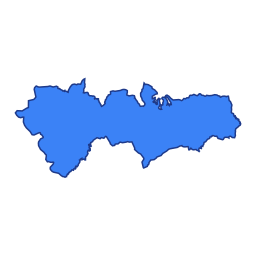 outline of Dong Luang, Mukdahan, Thailand
{"feature_id": "78962969B66357052438621", "entity_name": "Dong Luang", "entity_type": "district", "adm_level": 2, "iso_a3": "THA", "parent_name": "Thailand", "parent_adm1": "Mukdahan", "projection": "mercator", "projection_center": [104.389, 16.783], "detail": "fine", "context": "isolated", "style": "filled", "palette": "blue", "viewbox_px": 256, "rotation_deg": 0, "n_neighbors": 0, "source": "geoboundaries", "source_scale": "gbopen_adm2", "svg_char_len": 5767}
<svg xmlns="http://www.w3.org/2000/svg" viewBox="0 0 256 256"><path d="M228.4,96.2L227.0,96.3L226.2,96.7L225.5,96.3L224.1,96.1L222.3,96.3L220.5,97.2L219.9,96.7L219.8,96.1L218.0,95.7L217.0,95.0L214.7,94.7L211.7,95.5L209.1,95.7L206.6,95.3L205.7,96.1L204.9,96.2L203.4,95.4L201.7,95.2L200.5,93.9L199.3,93.8L197.5,95.6L196.4,95.5L193.9,94.4L191.8,95.4L190.8,95.2L189.8,95.5L188.7,97.8L186.8,97.8L185.5,98.8L183.9,98.5L182.4,100.2L181.5,100.6L179.8,99.8L178.7,99.6L173.1,100.0L170.6,98.1L169.1,96.4L167.0,95.1L165.9,95.5L165.2,96.5L167.1,97.2L167.9,97.9L170.9,102.6L171.3,104.6L170.7,104.7L170.3,104.1L169.8,104.8L168.8,103.8L168.9,105.1L168.3,104.4L167.0,104.9L167.6,103.0L167.6,101.7L167.0,100.0L165.9,98.4L164.3,97.3L162.5,97.3L162.1,97.7L161.9,98.7L163.4,100.0L163.4,101.5L162.8,102.8L162.8,104.8L162.1,105.1L161.4,104.9L161.6,105.5L160.9,106.3L161.0,108.1L161.6,109.3L160.5,109.4L158.9,108.6L158.6,107.8L160.2,104.4L159.2,100.2L159.8,99.7L160.1,99.0L159.3,98.9L158.9,98.3L158.5,98.4L158.0,99.2L156.8,100.3L157.2,101.1L157.0,101.6L157.4,104.1L156.8,104.5L156.3,104.3L155.6,103.3L155.8,102.5L155.3,101.8L154.2,102.6L153.7,102.4L154.3,101.6L153.4,101.5L154.4,100.3L155.2,100.0L155.3,99.6L155.0,99.3L155.2,97.5L154.4,97.5L153.2,98.8L152.3,98.7L152.3,96.3L155.4,94.3L157.3,93.8L157.1,92.5L154.7,89.9L152.2,88.5L151.9,86.8L148.3,84.7L146.5,84.3L145.1,84.5L144.6,83.5L144.1,83.0L143.0,88.7L142.0,89.4L141.9,91.3L140.6,93.2L140.7,96.1L141.8,98.2L142.3,100.2L144.2,102.3L144.9,103.5L144.8,104.8L143.4,106.3L142.8,106.1L140.5,106.3L139.9,105.8L139.3,104.1L138.3,103.4L137.5,102.1L137.4,101.5L135.7,99.4L135.3,98.4L134.5,98.0L134.8,97.5L134.6,96.2L134.3,95.7L132.4,95.3L129.1,95.9L126.9,95.0L126.9,93.8L127.3,92.7L127.3,90.6L125.7,89.7L124.0,89.4L122.4,89.6L120.2,90.5L115.0,91.3L113.0,90.9L110.5,91.6L110.6,93.9L109.7,94.7L108.4,94.9L107.9,96.1L106.9,97.0L106.3,99.0L105.4,99.9L105.5,100.4L104.9,101.5L105.1,101.8L104.7,102.4L105.1,103.6L103.3,105.4L101.6,106.4L101.0,105.5L100.9,104.6L100.3,104.0L100.0,103.2L99.1,102.0L99.0,101.1L98.5,100.6L98.4,98.8L97.4,98.7L97.0,99.1L96.3,98.6L95.2,98.6L94.6,98.9L94.5,98.7L94.9,98.4L95.0,97.4L94.6,96.5L93.5,96.0L92.6,96.2L92.2,95.9L89.7,95.7L88.8,95.0L88.3,94.1L88.3,93.2L87.4,92.4L85.8,92.5L84.3,93.0L83.4,92.7L83.8,91.7L83.7,89.2L85.0,86.8L84.8,85.8L85.0,84.3L84.5,82.7L84.8,78.8L83.5,79.4L82.2,80.8L80.7,84.2L77.8,84.0L76.8,84.7L74.5,84.1L72.8,84.4L71.8,85.0L70.2,87.0L68.4,90.4L68.1,92.3L67.6,92.1L67.4,91.7L67.0,91.7L65.7,91.1L64.7,91.3L64.7,90.9L64.4,91.2L64.1,90.6L63.5,91.0L62.8,91.0L62.3,90.3L60.5,89.5L60.0,88.9L59.7,89.0L59.3,88.5L58.2,88.6L57.8,88.2L57.9,87.0L56.5,86.2L53.1,87.0L50.0,86.0L47.9,86.5L39.3,87.1L37.8,86.8L36.6,86.1L36.1,86.1L34.6,87.7L34.2,89.4L35.9,97.0L34.5,98.8L33.6,99.5L28.5,100.7L28.4,107.5L26.6,108.2L22.2,110.9L17.1,110.7L15.4,112.9L16.7,115.2L18.6,117.1L20.7,117.7L22.7,117.1L23.7,117.2L23.4,122.0L24.6,125.3L26.4,127.9L30.1,131.5L32.1,134.7L34.0,135.0L38.9,132.8L39.9,132.6L40.3,132.9L40.6,134.3L41.6,134.7L43.2,136.9L43.2,137.4L42.8,137.9L40.6,138.9L38.6,141.9L38.4,143.3L38.6,145.7L40.6,149.5L44.1,152.4L45.0,153.8L46.2,154.9L46.3,156.2L45.8,159.5L47.4,161.8L48.4,161.6L51.0,162.4L53.1,162.1L53.6,162.4L53.6,162.9L53.0,164.3L50.3,167.2L50.2,168.5L50.4,169.5L52.2,171.5L53.7,172.2L58.7,173.3L61.2,175.6L62.8,176.6L64.1,176.7L65.0,177.2L66.1,176.6L66.5,176.6L66.5,175.9L66.8,175.7L67.0,174.9L67.6,174.6L67.6,174.2L67.9,174.3L68.0,173.9L68.5,173.8L68.7,172.8L69.2,172.6L69.2,172.3L70.0,171.9L70.2,171.5L70.9,171.4L71.5,170.3L72.0,169.9L73.2,170.2L73.2,169.8L73.6,169.8L73.7,169.1L74.0,169.2L74.9,168.5L75.4,168.9L75.7,168.6L75.8,167.9L75.3,167.3L75.5,167.0L76.0,166.2L76.3,166.8L77.1,166.8L78.2,165.3L78.2,164.5L79.7,162.3L79.9,161.3L79.5,160.1L80.5,159.9L80.4,159.2L81.9,158.3L82.1,159.7L84.0,159.0L84.8,159.9L85.5,159.9L85.6,156.9L86.7,155.9L88.0,153.6L87.5,152.1L88.1,150.4L88.8,150.1L89.0,150.8L89.4,151.0L90.2,150.5L90.2,148.7L89.4,148.3L89.1,147.1L90.7,146.6L91.2,146.1L90.8,145.4L89.1,145.5L88.7,145.2L88.7,144.6L89.4,144.2L90.7,144.0L90.7,142.6L92.6,141.6L93.2,140.3L97.0,137.7L100.1,138.7L101.3,137.6L103.9,138.2L105.5,136.4L106.4,136.6L110.0,142.5L110.4,143.9L112.5,145.8L114.7,145.4L115.0,144.4L115.7,144.0L118.0,143.9L120.1,142.1L122.5,142.7L126.2,142.1L127.5,141.6L129.4,142.1L131.9,141.9L134.7,148.1L134.6,149.5L138.5,153.0L140.7,154.0L143.8,158.2L143.8,159.2L142.0,162.1L143.3,167.6L143.7,168.0L147.3,166.4L147.7,165.0L148.5,164.7L149.0,163.5L148.9,162.7L150.7,160.1L154.2,159.6L156.3,158.0L157.1,156.9L161.1,155.5L162.8,153.4L166.6,151.1L168.6,149.3L169.9,148.8L177.4,147.4L179.7,146.1L181.8,145.6L181.9,146.0L183.2,146.7L184.9,146.9L188.0,146.6L188.3,147.1L188.8,149.8L189.6,149.8L190.9,148.2L192.1,149.4L193.2,149.8L196.1,149.5L197.1,150.4L198.1,150.6L199.1,151.5L199.4,151.1L198.6,150.2L199.2,148.2L199.7,148.0L201.4,148.5L201.5,148.0L201.0,146.6L201.4,146.2L202.8,146.4L202.9,145.4L203.6,144.7L204.1,142.4L205.7,141.7L207.5,139.3L209.6,138.4L209.8,137.1L211.3,136.8L211.4,136.3L212.0,136.3L212.4,135.6L213.4,135.6L215.0,136.3L216.8,136.2L218.0,138.4L222.5,139.7L223.3,139.4L224.3,137.7L224.9,137.3L227.5,137.3L228.9,138.0L228.8,136.9L230.0,136.2L230.9,136.4L232.2,137.5L234.6,137.7L235.4,135.5L235.2,133.6L235.5,131.2L235.3,130.8L235.8,128.7L238.1,126.9L239.0,125.9L240.1,125.3L240.6,124.2L240.6,123.4L240.3,123.0L240.0,123.1L240.2,122.4L239.6,121.9L239.7,121.5L239.1,121.3L238.9,120.6L238.1,120.2L238.1,119.7L238.6,119.3L237.3,118.6L236.5,118.9L235.9,118.7L236.1,118.2L235.8,118.2L236.0,117.5L235.7,117.5L235.4,116.7L235.1,117.1L234.8,116.8L235.0,116.8L235.1,115.9L234.7,116.0L234.0,115.4L233.6,114.8L233.7,114.4L233.4,113.6L231.8,113.0L231.3,112.4L231.6,109.2L231.4,107.8L231.9,105.0L230.4,101.5L229.2,100.6L228.4,96.2Z" fill="#3b82f6" stroke="#1e3a8a" stroke-width="1.5"/></svg>